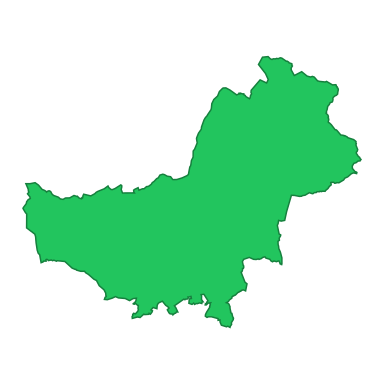 outline of Corund, Harghita, Romania
{"feature_id": "2599482B38498090417182", "entity_name": "Corund", "entity_type": "district", "adm_level": 2, "iso_a3": "ROU", "parent_name": "Romania", "parent_adm1": "Harghita", "projection": "mercator", "projection_center": [25.218, 46.501], "detail": "fine", "context": "isolated", "style": "filled", "palette": "green", "viewbox_px": 384, "rotation_deg": 0, "n_neighbors": 0, "source": "geoboundaries", "source_scale": "gbopen_adm2", "svg_char_len": 5972}
<svg xmlns="http://www.w3.org/2000/svg" viewBox="0 0 384 384"><path d="M356.6,173.6L356.9,172.5L356.5,172.1L354.9,171.5L352.4,168.4L352.3,166.0L353.9,163.3L356.1,162.7L358.0,161.1L360.1,160.9L361.0,159.4L360.3,158.9L359.6,157.3L358.4,156.5L356.4,153.4L356.3,152.2L357.2,151.3L357.7,149.6L355.9,145.0L356.3,143.6L355.9,143.2L356.0,141.5L353.7,139.6L347.8,137.7L347.3,137.0L344.7,135.6L344.2,135.9L343.3,135.3L340.8,135.0L336.9,130.4L336.3,129.9L335.1,129.7L331.3,124.7L329.4,122.9L328.4,122.5L328.3,121.6L328.8,119.6L328.4,118.9L328.6,118.2L328.1,117.7L328.4,116.4L327.9,115.1L326.0,113.1L326.6,112.2L326.4,111.3L327.1,109.7L327.7,106.4L329.3,104.5L330.2,102.6L332.1,102.1L332.6,101.3L333.0,99.6L332.8,98.5L333.4,97.2L335.1,95.8L336.4,95.3L337.7,93.9L337.6,93.2L338.3,89.7L338.1,88.7L337.8,88.0L337.1,87.7L337.1,86.7L336.4,86.3L336.2,85.1L335.8,84.7L332.5,84.9L326.5,81.4L325.3,82.0L319.6,81.4L317.5,80.8L314.3,77.1L312.4,76.4L310.5,77.0L307.1,76.1L301.7,71.7L294.3,75.5L291.1,69.7L291.3,69.2L291.1,68.1L292.4,66.0L291.8,65.3L292.0,64.7L291.8,63.7L289.0,62.8L288.7,62.1L287.0,61.1L286.4,61.3L281.8,58.1L280.2,57.8L278.2,58.7L276.6,58.4L275.4,58.9L273.2,58.8L272.0,59.5L270.3,58.8L268.1,56.6L262.5,57.2L258.5,64.5L265.5,73.5L268.2,79.5L267.9,80.3L266.6,83.0L260.1,79.9L251.2,90.3L251.0,92.5L251.5,93.5L251.5,94.1L250.6,95.3L250.1,97.8L249.5,98.7L246.0,96.7L245.1,95.4L243.9,94.8L243.6,94.2L243.8,94.0L243.4,93.8L242.4,93.9L240.4,93.1L239.7,93.2L239.8,93.5L239.2,93.3L239.1,93.8L238.8,93.6L238.6,94.1L236.7,94.9L229.9,90.0L225.9,87.9L223.1,88.0L222.2,88.7L219.4,91.5L217.6,96.0L213.8,99.5L211.8,103.7L211.4,108.1L211.0,109.7L207.5,114.9L207.3,115.5L205.4,117.6L204.0,120.0L201.5,127.0L201.3,129.2L198.5,133.2L196.7,137.7L196.5,138.7L197.2,142.9L194.6,149.2L193.2,151.0L193.1,157.2L191.4,160.6L190.9,164.6L190.5,166.0L189.8,167.0L188.4,174.5L186.9,175.7L182.1,177.9L176.9,179.5L173.6,179.6L172.7,179.5L170.6,176.7L167.2,176.2L164.6,174.7L162.8,174.2L159.9,175.1L158.3,177.8L156.6,178.7L154.0,181.5L152.3,182.6L151.2,184.4L148.4,186.4L146.5,186.6L144.1,188.7L142.4,188.8L139.0,190.2L138.1,187.7L134.4,189.5L133.6,190.2L133.9,192.2L134.4,192.9L122.5,193.0L121.2,189.5L121.8,186.9L121.7,185.5L120.8,184.9L115.1,188.5L112.5,189.6L111.0,189.5L108.8,187.6L108.0,186.0L104.2,188.8L97.8,191.4L96.2,192.3L94.8,193.7L90.8,195.9L83.7,194.2L83.0,195.7L82.7,197.6L82.0,197.5L81.4,198.4L81.8,198.6L81.6,198.8L79.2,198.1L77.3,196.2L76.8,196.4L74.0,195.5L69.7,197.9L65.4,198.0L63.1,199.4L60.3,198.9L58.4,197.2L53.5,195.4L51.9,193.9L50.7,191.6L49.6,190.9L48.5,190.9L46.7,191.6L46.6,192.0L44.8,190.5L42.1,189.4L38.5,185.1L35.1,182.7L29.9,183.7L25.9,183.7L28.2,189.1L28.4,191.2L28.9,192.1L27.5,193.8L29.8,196.7L30.3,198.5L28.2,199.6L26.6,201.8L26.3,203.6L23.3,207.6L23.0,208.5L25.5,212.7L26.7,214.0L26.6,227.9L34.8,234.1L35.6,236.7L36.1,242.8L37.2,250.1L38.2,253.2L39.7,254.8L41.1,262.7L43.0,262.0L43.7,261.1L46.1,261.1L46.0,259.6L46.9,259.3L47.7,259.7L48.3,260.6L51.3,260.0L52.6,260.7L53.9,260.2L56.5,261.2L57.3,260.7L64.9,261.5L72.1,268.1L75.2,269.4L75.9,269.3L76.5,270.1L80.7,271.3L84.6,271.3L85.6,272.7L88.4,274.4L93.9,279.2L96.5,280.5L99.2,285.7L104.0,289.8L105.7,293.1L105.9,295.7L106.3,296.1L106.2,296.6L105.1,297.3L104.4,299.4L107.3,299.7L112.1,298.2L115.5,296.6L118.4,297.9L125.2,298.5L129.6,300.6L133.0,298.6L136.4,298.2L135.9,300.9L134.7,302.6L133.2,303.6L133.3,304.0L134.5,304.2L135.6,303.5L137.8,305.5L138.3,305.5L138.0,308.4L138.3,309.6L137.9,311.1L135.5,313.8L133.6,313.3L132.7,314.5L132.8,315.4L132.1,316.6L132.3,318.4L137.5,317.0L140.1,317.5L143.9,314.1L144.6,314.6L148.8,314.3L149.1,313.3L150.4,314.2L151.9,312.3L152.5,310.8L151.0,309.9L153.1,307.5L156.9,308.7L157.2,305.3L158.1,303.5L159.2,302.6L162.4,301.2L165.7,305.3L167.8,306.7L169.0,308.1L167.3,309.8L169.1,313.0L170.0,313.8L172.9,314.2L173.0,314.8L174.6,313.4L175.7,313.1L176.4,312.0L177.8,312.0L175.7,307.5L174.4,305.8L183.7,299.2L184.9,299.7L185.2,299.2L187.4,299.0L188.4,297.3L188.2,297.0L189.9,297.0L190.0,296.6L191.0,296.4L191.4,298.5L189.3,298.9L188.9,303.3L192.0,304.4L193.7,303.1L194.6,304.4L196.2,303.5L197.2,303.7L199.6,302.9L201.8,303.5L202.2,301.8L203.1,301.8L201.5,299.5L201.6,296.2L201.1,294.6L203.9,294.3L208.0,300.8L206.8,302.1L206.3,303.4L205.4,303.8L205.2,304.9L206.3,304.9L208.2,303.1L210.6,302.8L210.0,303.7L210.3,304.4L209.9,305.2L210.1,305.7L209.6,306.5L209.8,307.1L206.6,312.2L205.5,314.5L205.3,316.2L207.0,317.4L208.4,316.8L211.5,316.8L218.1,318.6L218.1,320.3L219.9,319.9L220.1,322.2L221.4,325.2L226.5,326.8L227.8,326.2L230.0,327.4L230.3,326.3L231.6,324.4L231.4,323.1L231.7,322.1L233.3,319.6L233.2,318.5L233.5,318.2L232.6,316.5L231.9,313.4L231.4,313.4L230.6,312.1L230.8,311.9L229.9,307.7L230.1,307.0L228.9,304.0L227.6,303.1L226.4,302.7L228.6,301.3L229.3,300.0L231.8,298.2L232.0,296.9L233.2,295.9L233.7,296.0L234.4,295.3L235.4,295.1L237.8,292.6L239.2,292.0L239.4,291.5L240.8,291.3L241.3,290.4L243.4,289.9L245.6,290.9L247.0,283.8L245.0,282.2L241.1,272.2L242.0,271.6L242.6,269.7L242.5,268.5L243.4,268.3L243.7,267.7L243.7,265.9L243.2,265.3L242.4,261.6L243.7,259.3L249.3,257.4L253.5,259.3L256.1,259.5L258.3,258.9L259.0,259.4L261.5,258.5L262.5,257.5L264.9,256.8L265.9,258.1L269.9,259.3L270.8,260.8L272.5,261.8L274.0,261.0L276.5,261.7L278.3,261.0L279.1,261.1L280.2,263.9L280.8,263.8L281.2,264.5L281.7,264.6L281.9,263.7L281.9,257.9L280.4,252.2L278.8,248.5L278.6,246.1L278.1,244.5L278.0,241.3L279.4,240.3L279.2,238.2L280.6,235.8L280.7,234.9L279.1,234.0L277.3,225.3L278.1,223.7L278.6,220.4L281.2,221.1L284.7,220.4L286.6,211.6L291.4,195.3L294.4,195.4L299.5,196.4L301.7,196.2L302.4,195.6L305.1,195.2L309.3,192.7L312.3,193.7L313.1,193.6L314.3,192.6L316.1,192.6L317.0,191.7L319.6,191.7L319.9,191.3L321.7,191.6L322.1,191.2L325.1,191.3L325.7,190.4L327.9,188.6L329.5,186.2L330.9,185.3L331.2,184.3L330.7,182.6L330.9,182.4L333.8,182.3L334.5,183.2L335.9,183.1L336.7,182.6L338.9,182.8L343.6,180.0L344.9,178.1L347.7,176.9L351.4,173.7L353.7,172.9L356.6,173.6Z" fill="#22c55e" stroke="#15803d" stroke-width="1.5"/></svg>